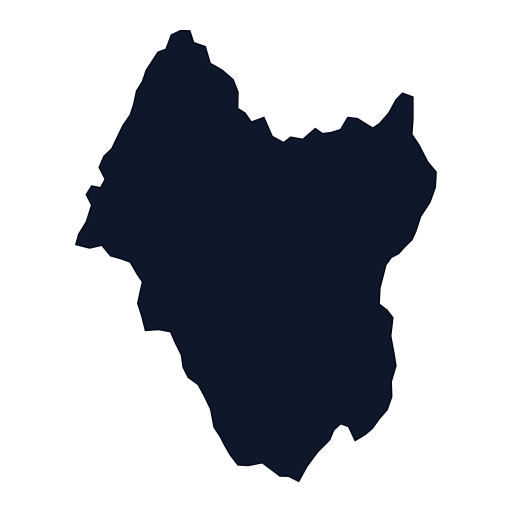 outline of São Brás do Suaçuí, Minas Gerais, Brazil
{"feature_id": "56859067B55981739158255", "entity_name": "São Brás do Suaçuí", "entity_type": "district", "adm_level": 2, "iso_a3": "BRA", "parent_name": "Brazil", "parent_adm1": "Minas Gerais", "projection": "equal_earth", "projection_center": [-43.972, -20.628], "detail": "fine", "context": "isolated", "style": "filled", "palette": "ink", "viewbox_px": 512, "rotation_deg": 0, "n_neighbors": 0, "source": "geoboundaries", "source_scale": "gbopen_adm2", "svg_char_len": 1521}
<svg xmlns="http://www.w3.org/2000/svg" viewBox="0 0 512 512"><path d="M412.9,97.1L402.5,93.2L396.0,99.9L388.8,113.1L379.6,123.6L372.8,128.2L365.3,123.6L357.4,118.6L347.8,117.5L340.6,129.7L331.0,132.6L322.5,133.7L315.3,128.6L302.9,139.4L290.7,137.2L283.7,142.7L272.2,136.5L263.9,117.5L251.3,122.1L245.0,113.1L237.6,108.5L238.0,92.3L233.2,79.8L222.1,70.2L210.2,63.4L205.3,46.7L193.6,42.6L189.8,30.9L180.5,30.7L171.4,34.9L166.0,49.3L158.0,52.2L152.9,60.1L146.2,70.4L142.5,81.5L136.6,91.0L133.7,104.5L130.2,115.1L123.1,125.4L118.2,135.4L111.8,148.8L104.0,156.2L99.2,167.4L105.3,179.2L100.5,187.8L91.7,186.0L86.3,194.6L91.7,205.1L86.3,222.0L78.7,234.4L75.9,244.5L89.6,248.0L101.9,245.2L110.5,255.7L119.0,258.1L130.3,262.0L137.1,273.9L142.5,281.8L139.9,293.4L137.8,303.4L142.0,316.6L145.4,330.4L158.8,329.5L170.6,331.7L175.6,343.3L181.5,355.1L183.1,367.0L188.2,377.3L198.1,384.5L204.4,395.9L210.7,409.2L214.1,427.2L220.3,436.6L224.6,445.1L230.5,455.2L238.0,464.9L248.4,465.5L262.3,462.7L272.4,470.3L279.9,476.0L288.5,476.2L298.7,481.3L307.1,466.0L317.6,451.9L329.7,439.7L333.7,430.0L340.6,423.7L348.6,426.5L355.1,440.5L365.2,434.4L372.4,428.3L379.1,418.9L387.1,409.7L391.7,396.7L391.2,381.6L395.9,365.9L393.8,352.5L390.7,336.1L392.8,317.7L387.0,310.2L379.1,304.1L379.9,287.9L383.2,275.4L385.8,264.9L391.2,257.4L398.7,253.5L405.1,246.3L411.8,239.9L415.8,231.2L420.6,216.3L429.9,202.2L435.3,187.1L436.1,172.0L427.6,161.9L419.0,145.1L411.8,134.3L412.9,119.2L412.9,97.1Z" fill="#0f172a" stroke="#020617" stroke-width="1.5"/></svg>